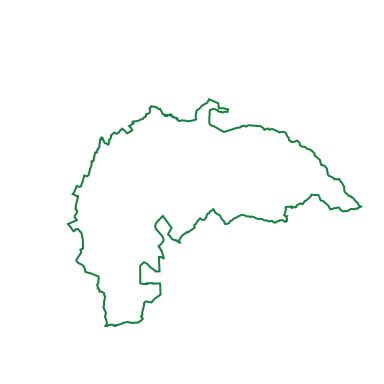 the district of Babeni, Salaj, Romania, rotated 331°
{"feature_id": "2599482B45122304788929", "entity_name": "Babeni", "entity_type": "district", "adm_level": 2, "iso_a3": "ROU", "parent_name": "Romania", "parent_adm1": "Salaj", "projection": "orthographic", "projection_center": [23.391, 47.295], "detail": "fine", "context": "isolated", "style": "outline", "palette": "green", "viewbox_px": 384, "rotation_deg": 331, "n_neighbors": 0, "source": "geoboundaries", "source_scale": "gbopen_adm2", "svg_char_len": 6039}
<svg xmlns="http://www.w3.org/2000/svg" viewBox="0 0 384 384"><g transform="rotate(331 192 192)"><path d="M258.0,127.2L251.8,119.1L248.8,121.3L242.5,121.3L239.0,122.7L235.4,123.0L232.1,127.3L230.7,130.5L227.9,130.0L223.2,128.4L221.8,127.5L221.4,126.8L217.5,124.2L215.7,124.0L214.6,123.0L214.5,121.9L214.0,121.1L214.8,120.9L214.5,119.8L212.3,118.0L212.6,117.9L212.4,117.2L211.2,116.4L211.1,115.8L211.6,114.6L210.9,113.8L209.6,114.4L209.2,113.9L209.5,113.4L208.2,113.3L206.8,112.0L206.6,113.3L205.1,112.1L205.0,111.7L205.4,111.1L204.9,110.7L204.0,108.7L204.4,107.4L204.3,103.8L203.3,103.6L201.8,100.5L200.3,99.0L199.1,98.0L198.4,98.0L197.9,97.2L197.0,98.1L195.7,98.0L194.8,100.3L193.4,102.1L191.1,102.3L190.7,101.8L189.8,101.7L189.3,102.0L188.2,103.6L186.8,103.3L184.4,104.3L182.5,103.6L180.9,103.9L176.9,102.8L174.8,101.8L174.6,102.4L173.7,102.3L173.9,103.7L168.9,103.9L169.7,105.9L169.6,109.1L163.8,109.3L162.4,104.3L161.4,102.6L160.2,103.3L158.9,103.4L157.2,104.4L155.1,104.6L154.2,104.5L153.1,102.5L152.8,102.4L148.6,103.2L148.3,104.1L146.5,105.9L145.2,105.9L144.1,107.3L144.1,108.0L142.1,109.4L142.0,109.8L141.7,110.0L140.5,107.8L139.5,107.0L139.4,105.7L139.9,101.2L139.0,99.8L139.2,101.4L138.4,101.0L138.4,102.1L137.7,101.6L136.7,101.8L135.6,104.0L134.4,105.0L133.1,107.4L131.1,108.8L130.6,108.5L129.8,109.1L128.1,111.4L126.9,110.5L126.1,110.8L123.9,113.5L123.5,113.6L121.4,116.6L120.3,117.3L119.4,116.4L118.5,117.1L117.7,119.3L112.8,123.6L112.4,124.6L110.9,125.5L110.1,126.9L107.9,127.4L105.7,125.3L101.8,129.5L97.2,133.4L95.7,132.8L95.1,131.6L94.1,131.0L93.8,131.4L93.1,131.5L92.4,132.5L91.6,132.8L89.4,134.7L86.7,136.1L87.4,136.7L89.1,139.8L90.3,140.2L90.1,140.8L83.1,148.3L82.9,149.5L82.3,150.0L82.3,150.6L81.9,150.7L81.9,151.3L82.4,153.0L80.7,154.6L78.0,156.0L77.5,156.6L77.0,157.7L77.5,159.0L77.6,160.8L68.0,159.9L68.6,162.4L69.3,168.8L71.1,169.0L71.6,168.4L72.4,168.3L74.3,169.1L74.6,169.8L74.8,172.3L75.6,173.8L75.4,174.4L74.1,178.1L73.7,180.2L69.2,188.7L66.5,188.3L66.0,191.2L58.6,194.9L57.8,195.6L57.4,197.0L58.6,199.6L60.5,202.3L61.3,204.4L61.1,206.9L60.0,210.2L65.1,215.2L66.7,217.6L69.1,220.1L69.1,221.2L68.4,222.8L67.3,223.7L66.5,225.5L65.0,226.9L63.9,227.2L63.5,229.8L62.9,230.5L63.5,231.0L63.4,232.3L62.8,234.4L63.9,234.5L66.0,237.5L65.2,239.7L65.5,241.3L64.5,242.0L63.3,244.0L62.1,244.9L60.4,248.0L58.7,249.8L58.7,250.9L58.2,252.1L58.4,253.6L58.2,255.7L57.0,257.4L55.6,258.4L55.3,259.0L55.3,260.8L54.0,265.9L51.4,267.1L53.1,268.3L54.4,268.1L57.8,269.1L58.8,271.2L59.4,270.8L60.1,271.0L60.4,272.1L62.0,272.1L67.2,273.3L67.9,273.0L72.6,274.4L76.4,277.8L77.5,278.0L81.6,280.1L83.1,279.7L84.3,280.0L87.5,279.1L87.1,276.1L88.7,275.7L89.5,274.5L89.4,274.0L94.7,268.3L96.4,265.7L98.7,265.4L102.9,268.9L107.5,267.3L114.7,266.5L119.8,256.5L113.5,253.3L113.6,252.8L108.6,250.1L108.6,250.6L108.3,250.8L105.0,249.0L102.5,246.8L110.9,231.4L115.8,230.1L116.4,230.5L118.2,233.6L118.9,237.2L121.6,242.7L121.7,243.2L121.5,243.7L125.1,245.7L131.6,232.7L133.2,233.7L135.0,236.3L135.3,236.1L136.9,229.1L136.9,228.5L136.6,228.3L136.9,225.3L136.6,225.0L136.4,223.3L140.2,222.4L143.4,220.9L144.1,219.8L144.7,216.7L142.6,207.1L143.1,204.1L144.6,202.5L147.1,201.1L154.9,198.8L156.7,213.4L155.9,214.2L151.3,216.7L150.5,217.8L151.4,219.9L151.4,221.1L151.8,223.6L153.1,225.4L153.9,225.7L153.9,226.3L155.2,226.9L155.1,227.5L156.6,230.4L156.8,230.5L157.5,227.9L161.8,225.5L166.7,224.8L167.9,224.9L168.5,224.6L169.1,225.3L177.0,224.5L176.9,224.0L178.3,221.8L179.6,222.0L182.7,220.1L186.3,219.0L186.6,220.0L188.2,221.9L188.9,222.2L190.5,222.0L193.1,220.3L193.5,219.5L194.4,218.8L195.7,218.6L196.7,218.9L198.2,217.7L200.3,217.9L202.2,217.3L202.5,219.9L202.3,221.4L205.0,226.0L204.9,230.0L205.9,233.7L205.2,235.5L205.5,236.1L206.7,236.7L209.2,237.2L211.6,236.0L213.2,236.2L216.3,235.4L218.1,236.0L219.4,235.6L224.5,236.1L225.9,237.0L228.0,239.8L229.7,240.7L230.7,242.2L232.2,242.2L234.0,244.1L235.3,246.2L238.2,248.6L240.1,249.4L241.5,252.0L244.0,253.3L244.6,254.5L245.8,255.6L247.2,255.6L248.1,256.3L248.6,258.0L249.9,259.1L251.6,259.2L252.4,258.9L253.9,259.5L255.3,259.3L258.1,261.0L258.4,262.7L259.0,263.2L259.8,263.0L260.0,263.5L261.3,263.0L262.2,261.4L262.0,260.2L263.4,259.2L262.1,258.4L261.3,256.9L263.6,255.2L264.1,254.3L265.5,253.2L266.1,251.2L267.0,250.6L271.2,252.7L271.3,253.6L272.1,253.1L272.3,254.5L273.8,254.6L275.2,255.7L275.8,255.6L276.8,254.6L280.5,254.4L281.7,254.7L282.1,255.7L283.0,256.3L285.7,254.8L288.7,254.6L294.1,253.2L295.4,252.2L297.5,253.9L300.9,255.7L301.2,257.3L300.5,260.7L300.5,261.8L302.3,263.3L303.5,267.1L304.5,269.2L304.6,274.3L305.5,274.3L306.2,275.0L308.4,275.0L309.5,275.7L312.5,276.4L313.1,277.1L313.0,278.8L314.4,281.9L317.6,283.5L319.4,284.1L323.0,283.9L325.9,285.9L327.4,286.0L328.6,286.8L330.2,286.5L332.6,286.7L331.4,284.6L331.6,281.6L330.9,280.5L329.8,274.7L329.2,274.4L328.7,272.5L327.0,271.1L327.0,269.8L326.2,268.1L325.7,266.1L325.8,265.2L326.7,262.8L327.7,261.1L327.4,258.5L327.6,257.9L327.5,255.9L327.0,254.8L327.0,253.9L327.2,253.5L326.9,251.9L324.9,251.4L324.1,250.3L322.6,249.9L322.8,249.2L322.4,248.2L319.4,243.8L319.3,242.1L320.2,240.6L320.4,239.0L321.0,238.0L321.3,236.9L321.2,235.8L320.3,232.8L318.5,231.5L318.2,230.8L318.7,229.1L318.7,227.8L319.4,226.8L319.4,226.0L316.9,219.3L317.8,218.1L317.3,215.3L315.8,212.0L313.7,210.1L312.9,207.7L309.9,205.2L309.4,204.2L309.2,202.7L310.0,201.1L308.8,198.0L304.9,197.4L303.0,196.4L303.0,195.4L301.9,193.7L302.7,192.0L302.4,189.2L302.6,186.9L302.2,184.6L301.3,183.7L297.3,182.2L296.1,180.0L292.5,175.5L289.8,175.1L289.3,173.5L288.8,173.0L285.4,172.7L285.5,171.6L285.2,170.5L283.8,167.6L274.4,161.4L273.2,160.9L271.1,161.1L269.9,159.4L267.8,158.6L266.6,158.5L266.2,158.9L265.3,158.9L262.4,157.7L249.0,155.0L243.3,145.6L242.1,144.0L241.5,143.8L240.6,142.2L240.5,140.4L241.1,139.1L243.6,134.7L245.5,132.2L245.8,131.0L247.3,129.1L250.1,129.4L251.9,130.3L253.6,132.4L254.1,133.6L253.9,134.0L254.5,134.9L255.6,135.4L257.5,137.4L260.2,137.9L261.8,139.2L263.6,137.3L259.7,133.7L256.0,131.8L258.0,127.2Z" fill="none" stroke="#15803d" stroke-width="2"/></g></svg>